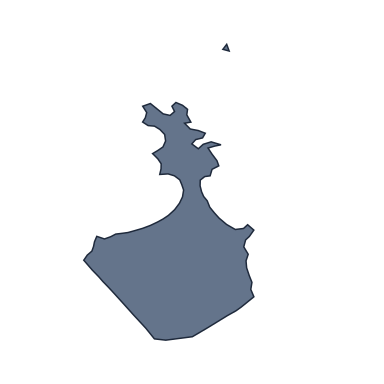 Armação dos Búzios, Rio de Janeiro, Brazil (Robinson projection), rotated 285°
{"feature_id": "56859067B15483842761864", "entity_name": "Armação dos Búzios", "entity_type": "district", "adm_level": 2, "iso_a3": "BRA", "parent_name": "Brazil", "parent_adm1": "Rio de Janeiro", "projection": "robinson", "projection_center": [-41.919, -22.776], "detail": "fine", "context": "isolated", "style": "filled", "palette": "slate", "viewbox_px": 384, "rotation_deg": 285, "n_neighbors": 0, "source": "geoboundaries", "source_scale": "gbopen_adm2", "svg_char_len": 1524}
<svg xmlns="http://www.w3.org/2000/svg" viewBox="0 0 384 384"><g transform="rotate(285 192 192)"><path d="M106.8,278.9L113.1,274.0L120.2,273.3L126.1,268.9L132.9,264.4L139.5,262.0L146.4,262.4L152.4,256.2L159.6,256.2L163.9,258.9L171.2,261.6L174.8,254.2L170.1,251.2L167.0,243.5L169.6,233.8L173.8,224.9L177.7,218.9L181.9,213.1L187.4,209.0L190.7,204.4L194.7,201.2L200.1,198.2L205.6,196.9L210.2,200.3L212.3,205.3L219.1,205.5L224.2,211.1L228.7,208.0L233.7,201.6L238.6,196.1L242.2,202.0L245.1,207.8L245.4,197.5L241.0,190.5L235.4,186.9L238.4,179.4L243.6,182.0L247.0,188.2L252.2,189.6L253.0,182.2L252.4,174.0L256.5,167.0L259.2,172.8L265.2,167.0L270.7,166.3L273.3,160.4L274.3,153.3L269.7,150.4L265.2,154.3L260.3,151.0L260.0,143.9L263.4,136.3L266.7,128.9L262.1,122.2L257.0,127.7L251.6,127.7L246.8,126.2L244.8,132.4L245.9,138.7L244.1,144.8L240.5,150.7L234.4,153.3L228.0,152.3L223.2,148.2L218.9,144.0L215.2,150.4L211.3,154.9L206.4,156.1L200.6,156.3L203.3,164.2L203.1,170.8L200.6,177.0L196.5,180.2L191.7,183.4L184.8,184.1L177.9,182.8L170.4,179.8L163.2,175.2L158.4,171.0L154.0,166.4L148.9,160.4L144.1,153.7L139.5,146.1L136.3,140.7L134.0,135.2L131.6,129.2L127.8,125.1L124.0,119.6L124.5,111.5L118.7,110.7L113.8,111.0L109.0,110.6L104.0,107.2L98.1,105.1L90.7,116.0L86.1,123.7L82.4,129.2L78.7,135.4L72.9,144.6L62.8,160.2L58.6,166.6L48.5,182.6L40.4,193.7L42.1,205.0L52.3,229.8L64.7,242.0L81.8,258.2L88.7,265.3L93.3,269.1L106.8,278.9ZM343.6,187.3L337.8,184.9L337.8,191.4L343.6,187.3Z" fill="#64748b" stroke="#1e293b" stroke-width="1.5"/></g></svg>